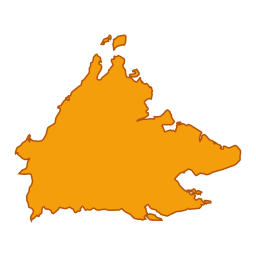 the State of Sabah
{"feature_id": "MYS-1186", "entity_name": "Sabah", "entity_type": "State", "adm_level": 1, "iso_a3": "MYS", "parent_name": "Malaysia", "parent_adm1": "", "projection": "mercator", "projection_center": [117.356, 5.751], "detail": "fine", "context": "isolated", "style": "filled", "palette": "amber", "viewbox_px": 256, "rotation_deg": 0, "n_neighbors": 0, "source": "natural_earth", "source_scale": "10m", "svg_char_len": 5845}
<svg xmlns="http://www.w3.org/2000/svg" viewBox="0 0 256 256"><path d="M86.1,210.1L85.4,210.1L82.9,206.4L82.2,206.3L80.2,209.1L80.6,210.5L79.1,211.2L77.9,210.9L76.5,212.4L75.9,212.6L74.7,212.2L72.8,208.7L71.6,208.6L70.1,207.1L65.4,208.7L59.4,207.4L58.5,209.3L53.4,213.6L52.4,213.3L51.8,212.6L50.9,210.3L48.8,209.4L45.2,208.9L44.4,207.2L43.9,206.7L43.2,206.8L42.5,207.5L41.9,209.4L41.7,213.0L39.5,214.9L39.0,216.2L38.2,216.4L36.8,215.4L33.6,218.6L32.4,218.9L31.4,220.8L30.7,218.7L30.8,216.5L33.0,213.1L33.4,210.6L31.7,208.3L29.4,207.5L28.6,206.8L28.3,203.3L26.9,200.6L26.7,196.1L29.0,191.5L29.6,187.3L31.4,185.2L32.6,181.6L31.3,175.0L30.5,174.0L29.7,173.8L24.2,174.3L18.9,173.7L22.3,170.0L25.3,168.9L26.7,167.6L27.7,161.7L29.5,159.3L29.1,158.5L26.9,159.5L24.8,159.5L22.8,158.6L17.7,154.2L17.7,152.8L17.1,152.6L15.7,153.8L15.4,153.1L16.3,149.5L17.3,147.6L20.9,145.3L22.3,143.2L26.3,140.3L28.3,135.9L29.5,134.8L30.3,136.1L28.3,139.8L29.5,141.5L30.3,138.7L32.3,140.4L33.4,140.9L38.5,141.3L41.7,140.7L43.5,139.2L46.1,134.4L47.6,128.4L48.2,127.4L54.2,123.8L55.1,122.8L56.0,117.7L59.5,112.0L60.4,109.5L59.5,107.8L58.2,108.2L57.7,107.5L58.3,106.4L61.1,105.2L63.8,101.1L65.0,100.0L66.7,99.5L69.0,100.3L69.3,99.7L69.0,97.8L68.3,97.6L65.8,98.3L65.8,98.0L67.3,97.1L68.5,95.9L70.1,95.9L70.6,95.6L71.2,93.2L72.2,91.8L79.2,86.2L81.1,85.1L82.1,80.8L83.9,79.7L89.0,73.2L89.3,72.2L89.4,68.2L90.6,66.2L90.7,63.0L92.3,62.2L92.8,61.3L93.6,57.3L94.2,56.8L95.1,55.2L96.3,54.4L96.9,54.3L97.7,55.8L100.1,57.4L100.4,58.0L101.2,62.2L99.5,61.4L98.8,63.8L101.2,65.2L101.6,66.4L101.4,68.7L100.7,70.2L97.8,75.0L97.0,77.5L97.3,79.5L99.6,80.1L100.8,79.5L102.4,77.4L108.2,72.7L108.8,70.0L109.9,69.3L110.7,67.8L112.7,65.6L113.1,64.8L111.4,61.0L111.5,59.8L111.9,59.2L113.6,59.4L114.5,58.8L114.7,58.4L114.0,57.9L113.9,57.3L114.2,56.3L116.6,56.7L118.4,55.6L120.7,56.7L123.9,58.7L124.5,59.4L124.2,63.2L123.9,63.8L123.1,64.2L123.0,66.4L123.3,67.4L125.4,70.1L125.8,74.7L126.7,76.9L127.5,77.3L130.7,77.5L134.2,81.0L136.1,82.0L137.0,81.8L139.9,77.8L140.4,77.8L140.6,80.3L142.2,81.6L141.8,81.8L141.8,82.5L143.0,82.9L144.4,83.9L145.2,84.0L146.6,83.5L148.5,85.4L149.7,87.6L150.1,87.6L150.6,86.9L151.5,87.6L151.7,89.2L152.5,91.2L151.6,92.8L152.2,94.3L151.3,99.0L148.5,98.7L147.5,99.1L144.8,101.3L144.3,102.3L144.6,103.2L145.8,104.7L146.7,106.9L147.8,107.6L148.0,109.1L147.8,109.8L146.3,110.7L146.2,111.4L146.5,112.4L148.2,112.9L148.5,114.4L148.2,115.3L145.4,117.3L138.1,119.8L136.7,121.3L142.5,119.3L146.5,119.3L150.4,118.8L154.3,119.0L154.6,118.4L154.1,116.9L154.7,116.6L156.8,116.9L160.6,116.3L163.9,113.4L165.7,111.0L167.4,110.0L168.2,110.2L170.2,112.2L170.3,113.9L171.3,114.5L171.7,117.7L174.4,121.6L172.8,123.9L170.6,124.8L169.3,124.8L168.2,124.5L167.2,124.8L163.7,124.5L162.7,124.8L162.0,126.2L162.8,126.9L164.5,131.4L165.0,131.8L170.4,130.0L171.8,130.8L173.4,130.3L175.0,131.7L176.0,130.8L175.7,129.7L176.9,127.3L176.5,125.7L177.4,125.0L180.0,124.7L182.3,123.7L183.6,123.9L186.8,125.6L188.3,124.5L190.9,125.5L201.4,132.1L201.7,132.8L201.5,133.4L200.5,134.2L199.6,138.7L199.4,139.9L199.8,141.1L200.2,141.1L201.8,137.9L201.9,135.8L203.4,134.7L204.7,134.7L205.8,135.5L209.6,139.9L212.1,140.6L213.3,141.4L214.4,143.9L215.1,143.3L215.1,142.3L217.8,144.4L220.1,145.2L221.1,146.4L221.3,147.7L220.3,148.2L220.9,148.8L222.7,149.1L223.4,148.7L223.6,147.9L223.1,146.8L223.8,146.3L225.2,146.3L228.0,147.8L229.7,147.8L234.2,145.7L235.7,145.5L237.4,146.8L240.5,150.7L240.6,152.9L240.0,155.8L240.1,159.9L236.0,164.1L233.7,165.4L223.2,169.2L212.5,172.3L209.1,174.2L206.4,174.7L203.7,173.7L200.2,173.2L196.5,175.5L196.0,175.5L195.2,174.9L191.9,170.4L188.9,169.1L188.3,169.4L187.8,169.3L184.8,171.6L184.3,171.3L184.0,171.5L184.0,172.8L181.8,172.3L179.7,173.5L175.1,178.3L175.0,179.6L177.5,181.3L179.8,185.6L183.2,189.1L186.4,191.6L189.1,192.1L190.1,194.0L190.9,194.5L191.9,194.9L192.0,194.0L192.8,193.7L194.7,194.5L195.4,196.0L194.2,198.2L195.8,199.9L196.3,200.2L199.0,198.5L201.7,199.3L201.4,200.1L204.4,203.6L204.4,204.0L203.3,205.0L201.3,204.5L201.6,205.4L201.3,206.3L199.3,208.3L189.8,209.2L188.5,209.0L187.6,208.4L186.4,209.7L181.2,211.1L176.5,211.6L167.5,215.9L166.2,215.9L161.0,214.4L158.8,212.3L157.0,211.6L156.2,210.0L151.7,208.8L150.4,207.9L148.3,204.6L147.5,204.7L144.6,207.2L144.8,207.7L145.9,208.4L146.2,211.4L147.2,212.8L147.3,213.5L146.6,214.7L145.0,215.9L144.2,217.3L145.8,219.0L144.7,219.1L142.3,220.0L140.9,219.2L138.4,219.3L134.8,218.5L133.5,217.7L130.2,214.3L125.6,211.9L123.5,210.4L122.2,208.8L121.4,208.7L119.2,210.0L108.6,210.2L105.4,209.3L103.0,209.3L98.5,210.2L96.3,209.7L94.2,208.2L93.1,208.1L91.3,209.6L89.1,210.0L87.6,209.4L86.1,210.1ZM118.1,36.4L123.9,35.2L125.3,35.6L125.9,36.6L125.5,42.4L124.8,44.1L123.9,45.2L122.9,44.7L117.8,46.1L115.4,47.5L114.5,49.4L113.8,49.9L113.0,44.1L113.5,42.7L113.6,39.6L115.4,38.7L118.1,36.4ZM150.2,219.8L146.8,216.8L146.5,216.1L147.0,215.3L148.0,214.6L150.1,213.8L154.9,215.0L156.8,217.4L161.3,218.8L161.9,220.2L152.2,220.1L150.2,219.8ZM136.7,69.3L139.1,73.0L138.9,74.7L136.7,76.5L135.2,76.9L131.7,76.7L129.7,75.8L129.6,74.8L130.1,74.4L133.7,74.1L135.3,73.3L135.5,72.3L135.0,71.8L132.9,71.7L132.7,70.9L133.4,70.2L135.7,69.9L136.7,69.3ZM196.6,191.8L197.4,190.8L198.9,190.8L201.7,192.1L201.7,192.6L200.3,193.0L200.2,194.5L198.8,193.4L198.0,194.5L195.8,193.2L193.9,192.8L193.1,192.1L187.2,190.6L187.2,190.2L191.7,190.2L193.5,189.0L194.6,189.2L195.6,191.0L196.6,191.8ZM109.9,35.2L110.7,36.0L111.0,37.3L110.9,38.7L110.3,39.6L109.2,38.6L108.4,39.0L108.1,40.1L108.7,41.1L103.2,42.5L104.3,43.7L103.4,44.6L101.2,44.3L104.0,39.2L107.5,38.0L109.9,35.2ZM206.1,200.5L210.3,201.2L211.0,202.0L210.7,202.8L207.3,203.2L206.1,204.0L205.7,203.8L205.7,202.5L204.7,201.6L204.3,200.6L206.1,200.5ZM179.9,122.1L180.7,122.3L180.8,122.9L180.5,123.4L178.1,124.1L176.8,123.7L176.7,123.3L177.7,122.3L179.9,122.1Z" fill="#f59e0b" stroke="#b45309" stroke-width="1.5"/></svg>